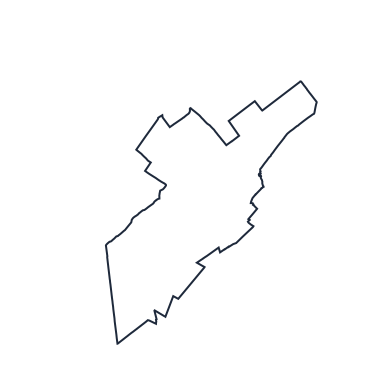 outline of Agigea, Constanta, Romania, rotated 320°
{"feature_id": "2599482B70645181256609", "entity_name": "Agigea", "entity_type": "district", "adm_level": 2, "iso_a3": "ROU", "parent_name": "Romania", "parent_adm1": "Constanta", "projection": "equal_earth", "projection_center": [28.603, 44.096], "detail": "fine", "context": "isolated", "style": "outline", "palette": "slate", "viewbox_px": 384, "rotation_deg": 320, "n_neighbors": 0, "source": "geoboundaries", "source_scale": "gbopen_adm2", "svg_char_len": 5806}
<svg xmlns="http://www.w3.org/2000/svg" viewBox="0 0 384 384"><g transform="rotate(320 192 192)"><path d="M250.1,234.1L250.3,233.8L250.4,233.7L250.4,233.4L250.2,233.3L250.2,233.2L250.3,233.0L250.5,232.5L250.8,231.9L251.2,230.9L251.4,230.7L251.6,230.3L252.1,229.8L252.4,229.4L252.6,229.2L252.8,228.7L253.1,228.1L253.3,227.7L253.3,227.4L253.4,226.8L253.5,226.3L253.7,225.9L253.8,225.4L254.1,224.9L254.2,224.7L254.3,224.4L254.5,224.3L254.7,224.2L254.8,224.2L254.8,224.3L254.8,224.5L255.0,224.4L255.0,224.2L255.2,223.8L255.1,223.7L254.8,224.0L254.7,224.1L254.5,223.9L254.3,223.8L254.2,223.5L254.1,223.4L254.0,223.2L253.9,223.0L253.9,222.6L254.1,222.1L254.3,221.8L254.5,221.5L254.8,221.4L255.1,221.2L255.3,221.2L255.5,221.2L255.6,221.4L255.7,221.7L255.8,221.9L256.1,222.0L256.4,222.0L256.5,222.0L256.6,221.7L256.8,221.2L257.1,220.6L257.2,220.3L257.4,220.1L257.7,220.1L257.8,220.1L257.8,219.9L258.0,219.6L258.2,219.3L258.6,218.6L259.0,218.3L259.5,218.2L260.4,218.1L262.5,217.6L263.6,217.3L265.2,216.9L266.5,216.6L269.5,216.0L271.7,215.4L273.7,215.0L274.1,215.0L274.5,215.0L275.2,215.0L275.7,214.9L276.1,214.6L276.4,214.4L278.4,214.0L279.9,213.7L280.2,213.6L282.9,212.9L287.2,211.9L294.1,210.5L296.7,209.9L297.1,209.9L297.5,209.8L297.7,209.6L301.0,208.9L301.8,208.7L303.0,208.6L306.0,208.6L310.2,208.9L312.2,208.9L314.9,209.0L315.5,209.2L316.0,209.3L316.4,209.3L316.7,209.2L317.8,209.2L323.2,209.4L328.6,209.7L331.7,210.0L334.6,210.2L335.3,210.5L335.7,210.5L336.4,210.2L337.7,209.2L339.0,208.1L341.1,206.4L343.7,204.4L344.7,203.8L345.1,203.5L345.4,203.0L345.5,199.4L345.7,195.0L345.8,191.0L345.9,190.0L346.0,187.4L346.2,186.8L346.2,185.9L346.2,185.3L346.3,184.4L346.3,182.2L346.4,181.3L346.6,177.7L346.4,177.2L346.0,176.9L345.7,177.0L298.2,174.8L298.1,174.6L298.5,162.8L293.4,162.5L265.8,161.2L264.2,179.2L255.2,178.8L255.2,178.7L248.4,178.2L248.4,177.1L248.5,173.7L248.5,170.6L248.6,168.8L248.6,165.8L248.6,164.6L248.7,163.2L248.7,162.1L248.7,160.8L248.8,159.7L248.9,158.3L248.8,157.5L248.7,156.7L248.6,155.2L248.5,154.0L248.5,153.1L248.4,152.1L248.3,151.9L247.9,150.5L247.6,149.4L247.5,148.6L247.3,146.0L247.3,145.0L247.2,143.2L247.1,142.3L247.0,141.3L247.0,139.7L246.9,138.0L246.7,136.8L245.8,132.1L245.1,128.8L245.0,128.2L245.0,127.9L244.9,127.9L244.6,126.7L243.9,126.8L242.8,128.2L242.5,128.6L242.3,128.8L241.8,129.1L241.5,129.2L241.1,129.4L241.0,129.5L240.8,129.5L240.3,129.7L240.1,129.7L239.9,129.7L239.6,129.8L239.4,129.8L237.4,129.6L236.6,129.6L236.2,129.6L235.7,129.6L234.8,129.6L233.8,129.6L233.5,129.6L233.4,129.5L232.3,129.4L232.2,129.4L231.9,129.4L231.0,129.4L230.4,129.3L229.6,129.2L229.3,129.2L227.5,129.0L226.4,128.9L223.2,128.6L221.7,128.4L221.0,128.4L219.7,128.3L218.9,128.2L217.3,128.1L216.9,128.0L216.7,128.0L216.8,126.2L216.9,124.5L217.3,118.0L217.4,116.6L217.4,116.0L217.8,115.4L218.6,114.1L215.5,113.6L214.6,113.5L213.8,113.4L213.4,113.8L213.0,114.1L212.6,114.3L212.0,114.5L199.2,117.8L192.5,119.5L186.9,121.0L181.7,122.4L176.5,123.8L176.5,124.0L177.5,129.0L177.8,130.3L177.8,130.5L177.8,131.3L178.0,133.7L178.3,136.0L178.4,136.7L178.4,137.9L178.4,139.4L178.5,140.0L179.4,142.9L169.6,145.7L170.2,148.2L170.9,150.7L171.6,152.9L172.4,155.4L173.2,157.8L174.1,161.3L175.1,164.5L175.6,165.8L176.0,167.0L176.2,167.3L176.3,167.5L176.7,169.5L176.5,170.0L176.2,170.3L175.2,170.6L174.0,170.9L172.1,171.2L171.5,171.2L171.2,171.2L168.5,170.5L167.6,171.2L167.0,171.7L166.2,172.3L165.5,173.0L164.9,173.5L164.5,173.9L164.0,174.6L163.7,175.0L162.8,176.1L162.3,175.8L161.8,175.6L161.3,175.5L160.9,175.4L160.4,175.3L159.3,175.2L159.0,175.2L159.0,175.3L157.9,175.2L157.6,175.2L157.3,175.2L156.8,175.3L156.5,175.4L156.2,175.5L155.8,175.7L155.6,175.7L155.2,175.8L154.9,175.8L154.6,175.9L154.2,175.9L153.9,175.9L153.5,175.8L148.5,175.4L147.0,175.4L145.0,175.3L144.4,175.2L144.1,175.2L143.8,175.1L143.5,174.9L142.6,174.5L142.5,174.4L140.1,174.3L138.8,174.3L137.7,174.3L137.6,174.2L137.1,174.3L136.2,174.5L135.5,174.4L134.4,174.4L132.8,174.1L132.2,174.1L131.4,174.0L130.6,174.0L129.8,174.1L129.4,174.2L129.0,174.3L128.3,174.5L128.0,174.6L127.8,174.7L127.7,174.8L127.4,175.1L126.8,175.5L126.3,176.0L125.9,176.2L125.6,176.3L121.2,177.1L116.1,178.1L114.9,178.0L110.8,178.1L109.4,178.1L108.0,178.0L107.8,178.0L107.2,178.1L106.9,178.0L106.5,177.9L105.6,177.4L105.4,177.4L104.4,177.5L102.5,177.7L102.4,177.7L101.2,177.7L100.2,177.7L99.0,177.8L98.0,177.7L97.7,177.6L97.1,177.2L96.6,177.1L96.0,177.1L95.0,177.1L94.4,177.1L93.3,177.2L92.4,177.3L92.2,177.4L91.7,177.6L85.8,186.9L85.3,187.2L82.3,191.7L80.6,194.3L79.4,196.1L77.9,198.4L75.6,201.9L72.9,206.0L72.2,207.2L71.4,208.3L69.9,210.7L69.1,211.9L65.6,217.2L64.2,219.3L63.3,220.7L63.2,220.9L62.8,221.4L62.2,222.4L61.8,223.0L60.8,224.6L59.7,226.2L59.0,227.3L57.8,229.2L56.4,231.2L53.1,236.3L51.5,238.8L51.0,239.5L49.5,241.6L42.5,252.5L40.4,255.6L37.4,260.3L37.6,260.4L55.6,261.0L56.0,261.1L73.0,261.8L75.4,261.8L75.8,261.8L76.7,263.1L79.7,269.8L80.6,268.9L81.2,268.4L81.4,268.2L81.7,267.7L82.4,266.6L83.1,266.7L86.9,258.8L87.3,258.7L91.4,270.5L110.7,259.7L112.8,265.0L117.8,264.1L153.2,257.7L153.4,257.6L152.2,254.5L150.3,249.3L161.2,250.4L161.4,250.5L176.7,251.7L174.7,256.3L180.1,256.8L180.1,257.0L184.9,257.4L184.8,257.7L190.1,258.4L193.0,259.5L202.1,258.8L216.2,258.0L217.1,257.7L216.7,256.4L216.1,254.5L216.0,253.8L215.7,252.6L215.6,251.5L215.8,250.6L218.3,250.5L218.3,250.4L217.8,249.0L224.5,247.9L231.1,246.7L230.9,244.2L230.8,242.7L230.7,241.9L230.6,241.5L230.5,241.2L231.1,241.0L231.0,240.2L231.3,239.8L231.3,239.7L230.7,239.0L229.9,238.3L230.4,237.9L231.2,237.3L233.8,235.9L234.7,235.5L235.3,235.4L236.5,235.2L238.9,234.7L238.9,234.9L241.1,234.6L246.9,234.0L247.1,233.8L247.4,233.7L247.6,233.7L247.8,233.7L248.0,233.8L248.2,234.0L248.6,234.0L248.8,234.0L249.1,233.9L249.3,233.8L249.6,233.9L250.1,234.1Z" fill="none" stroke="#1e293b" stroke-width="2"/></g></svg>